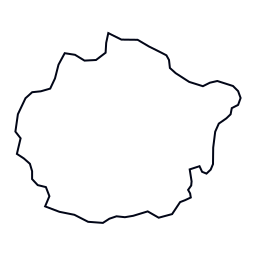 San Juan, Albers equal-area conic projection
{"feature_id": "DOM-1393", "entity_name": "San Juan", "entity_type": "Province", "adm_level": 1, "iso_a3": "DOM", "parent_name": "Dominican Republic", "parent_adm1": "", "projection": "albers", "projection_center": [-71.244, 18.895], "detail": "fine", "context": "isolated", "style": "outline", "palette": "ink", "viewbox_px": 256, "rotation_deg": 0, "n_neighbors": 0, "source": "natural_earth", "source_scale": "10m", "svg_char_len": 947}
<svg xmlns="http://www.w3.org/2000/svg" viewBox="0 0 256 256"><path d="M84.5,60.6L96.0,60.0L105.6,52.7L106.2,42.8L108.3,33.1L121.4,39.6L137.6,39.8L149.0,46.5L161.4,52.7L166.4,55.3L169.0,60.0L169.9,68.0L175.7,73.2L189.2,81.9L202.9,86.2L209.9,82.7L217.3,81.0L225.2,83.5L233.0,86.0L238.1,91.1L240.6,98.0L238.1,104.9L231.8,108.1L230.6,114.3L226.3,118.4L218.8,123.6L215.2,131.7L213.2,147.6L213.0,164.1L210.7,169.6L206.5,173.6L202.1,171.8L199.5,166.2L189.7,169.4L191.6,181.4L191.2,185.5L188.1,189.9L190.1,193.4L190.8,197.5L185.0,200.2L180.1,202.1L172.1,214.1L158.7,217.7L147.7,211.4L133.2,215.8L124.9,217.2L116.5,216.3L109.4,218.7L102.9,222.9L88.1,221.8L74.4,214.8L59.4,211.8L45.1,206.4L49.4,196.2L45.9,187.1L37.7,185.1L32.1,179.1L32.1,171.2L29.9,163.8L23.8,158.4L16.9,153.9L20.6,138.3L15.4,131.6L17.9,114.2L25.5,98.2L32.2,92.2L40.8,91.3L50.2,88.6L55.0,78.4L58.5,64.7L64.7,53.2L75.0,54.8L84.5,60.6Z" fill="none" stroke="#020617" stroke-width="2"/></svg>